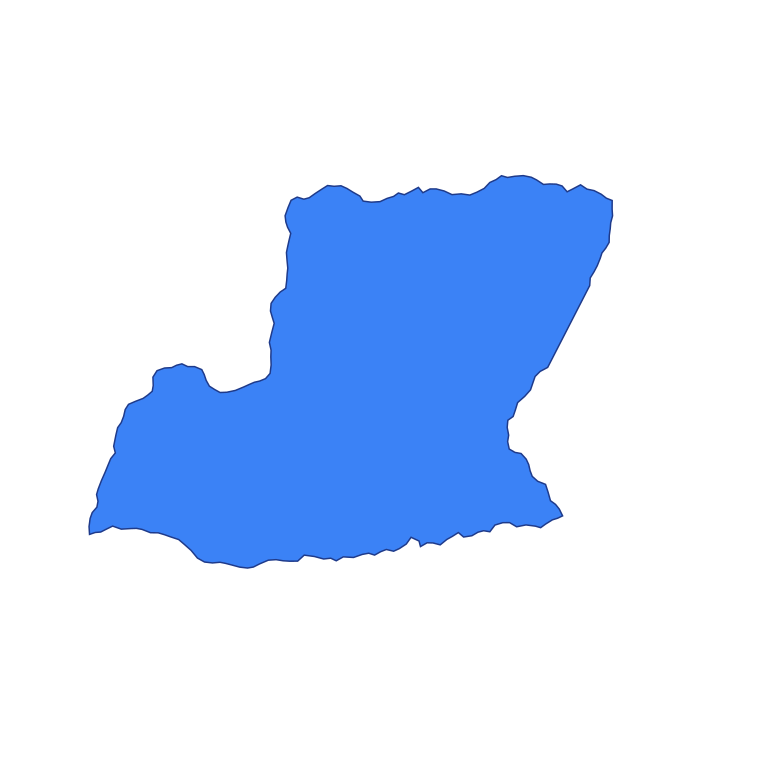 the district of Luislândia, Minas Gerais, Brazil, rotated 207°
{"feature_id": "56859067B98667495241529", "entity_name": "Luislândia", "entity_type": "district", "adm_level": 2, "iso_a3": "BRA", "parent_name": "Brazil", "parent_adm1": "Minas Gerais", "projection": "albers", "projection_center": [-44.589, -16.198], "detail": "fine", "context": "isolated", "style": "filled", "palette": "blue", "viewbox_px": 768, "rotation_deg": 207, "n_neighbors": 0, "source": "geoboundaries", "source_scale": "gbopen_adm2", "svg_char_len": 2943}
<svg xmlns="http://www.w3.org/2000/svg" viewBox="0 0 768 768"><g transform="rotate(207 384 384)"><path d="M578.1,116.3L573.9,120.6L569.2,123.5L565.5,128.6L561.3,134.2L552.2,135.4L543.9,140.3L539.0,143.0L533.6,144.6L524.5,145.5L517.6,148.9L511.0,150.1L504.8,150.9L496.3,152.2L488.9,150.4L480.4,148.2L471.2,144.2L463.1,143.9L455.6,146.7L449.2,150.7L443.9,152.2L437.6,153.6L429.5,155.3L422.0,158.1L417.3,161.6L413.2,167.2L407.1,174.5L400.4,178.5L393.6,180.7L387.6,183.3L380.5,187.0L377.4,195.3L367.7,198.7L358.3,200.7L352.4,204.6L346.3,204.8L341.8,211.5L332.4,215.6L326.0,222.3L320.8,226.3L314.7,227.3L310.8,233.1L306.8,237.6L299.5,239.4L295.6,244.3L291.5,251.5L290.3,259.7L281.5,260.0L277.7,255.7L273.5,262.1L268.2,264.6L260.9,266.2L257.4,274.1L253.9,279.3L250.3,285.4L243.6,283.8L236.8,288.7L233.0,294.6L228.6,298.5L222.6,300.4L221.1,308.7L215.3,314.3L209.2,317.5L201.0,317.0L193.5,322.9L184.5,326.1L179.2,327.1L176.4,332.6L172.3,339.4L168.3,343.3L165.0,347.6L171.0,352.1L176.5,354.6L182.7,355.6L188.6,362.0L194.5,367.9L202.9,367.1L210.0,369.0L214.4,373.0L218.5,377.9L223.2,381.6L230.3,384.3L236.3,382.5L242.9,382.9L247.7,388.8L249.7,395.0L254.5,401.2L257.2,407.9L254.2,413.7L255.1,420.2L256.5,428.1L253.0,436.9L250.8,445.3L251.9,452.9L252.8,459.3L250.6,466.1L245.7,473.1L245.4,565.1L248.4,572.1L247.8,579.4L247.7,586.2L248.4,594.1L249.3,599.7L248.1,605.7L247.7,612.4L250.7,618.6L252.9,625.0L255.2,630.6L256.7,637.6L260.1,643.3L264.0,651.1L270.2,650.5L276.6,651.7L284.6,651.7L291.6,649.8L299.3,650.7L304.5,643.3L308.1,638.4L315.2,641.3L321.2,640.3L327.1,637.5L332.5,634.2L340.7,635.1L346.6,635.1L354.5,632.9L361.9,628.4L367.7,624.1L373.9,622.9L376.9,617.0L381.2,611.6L383.5,603.8L388.3,597.1L393.3,591.3L401.5,588.5L409.4,583.6L418.0,583.3L426.1,581.5L431.5,578.7L436.2,572.1L442.6,574.8L447.0,568.4L451.8,561.9L457.9,560.7L460.6,555.5L465.5,550.8L470.3,544.7L477.9,540.2L485.6,537.5L490.8,540.5L498.5,540.8L505.8,541.4L512.3,541.1L518.2,537.5L524.4,535.2L527.8,529.5L531.7,522.7L535.2,516.0L539.3,512.3L546.2,511.1L550.2,505.5L549.6,497.6L548.5,489.0L545.0,483.8L541.1,479.9L535.5,475.9L533.8,468.8L532.3,463.0L530.6,456.8L526.5,450.1L522.3,443.5L520.3,438.2L517.7,432.1L515.0,424.7L518.2,418.9L520.3,411.8L521.2,404.6L518.3,397.5L513.4,392.3L509.4,388.2L507.4,379.0L505.0,369.0L500.0,362.9L497.1,356.7L493.2,349.7L490.3,341.7L492.0,335.0L496.2,330.1L500.3,326.7L503.8,322.5L507.7,317.6L513.5,310.8L520.3,305.3L526.2,302.0L532.4,302.2L538.6,302.8L544.1,306.5L548.5,310.8L552.9,314.1L560.7,313.5L566.8,310.4L573.2,310.2L577.3,306.6L580.6,302.2L586.8,298.6L592.3,292.8L593.0,285.2L588.9,277.8L587.2,272.3L589.5,266.8L592.1,261.8L597.6,255.7L602.4,249.9L603.0,243.8L601.3,237.0L600.6,230.3L601.5,224.2L599.7,216.8L596.6,205.8L592.1,200.6L593.6,193.5L593.1,186.9L592.4,178.5L591.9,169.4L591.0,160.8L589.9,155.0L585.6,149.7L583.9,143.9L585.6,137.0L584.8,130.8L582.1,123.1L578.1,116.3Z" fill="#3b82f6" stroke="#1e3a8a" stroke-width="1.5"/></g></svg>